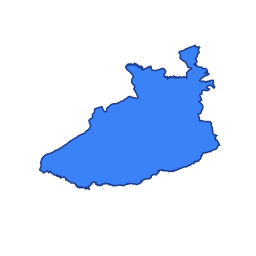 Masi-Manimba, Bandundu, Democratic Republic of the Congo (Robinson projection), rotated 247°
{"feature_id": "63176286B37254158064276", "entity_name": "Masi-Manimba", "entity_type": "district", "adm_level": 2, "iso_a3": "COD", "parent_name": "Democratic Republic of the Congo", "parent_adm1": "Bandundu", "projection": "robinson", "projection_center": [18.055, -5.013], "detail": "fine", "context": "isolated", "style": "filled", "palette": "blue", "viewbox_px": 256, "rotation_deg": 247, "n_neighbors": 0, "source": "geoboundaries", "source_scale": "gbopen_adm2", "svg_char_len": 5866}
<svg xmlns="http://www.w3.org/2000/svg" viewBox="0 0 256 256"><g transform="rotate(247 128 128)"><path d="M104.5,50.4L104.1,51.5L102.3,52.5L101.7,53.4L99.7,54.0L99.0,56.1L96.9,57.9L96.4,57.8L96.0,58.2L94.9,57.6L94.1,58.9L93.0,58.4L92.5,61.4L91.7,60.6L91.5,62.0L90.6,62.9L90.8,63.8L89.6,65.9L88.9,64.8L88.5,65.0L88.5,66.9L89.4,67.2L88.5,68.0L88.0,67.4L87.5,67.5L86.9,68.5L89.6,68.8L89.9,69.2L89.8,71.0L91.1,72.4L90.7,72.9L91.4,73.3L91.8,74.2L91.7,74.9L91.0,75.8L91.0,76.4L90.3,77.3L89.9,77.1L89.2,76.3L86.9,77.8L87.5,78.4L86.6,79.7L85.9,79.7L85.7,79.9L85.8,82.1L86.5,82.6L86.0,83.5L86.0,85.1L85.5,85.2L85.5,86.2L84.5,87.6L83.9,87.9L84.1,88.7L83.9,89.2L82.8,89.0L82.3,90.6L81.0,91.0L81.0,92.3L80.2,92.7L80.0,94.0L79.5,94.7L78.8,98.6L77.8,99.3L77.7,100.2L76.9,100.8L76.5,101.9L77.0,102.7L77.0,103.8L76.4,105.7L77.1,106.4L76.0,107.3L75.9,109.5L74.6,110.3L74.6,111.1L74.2,111.5L73.9,112.5L72.9,113.3L72.4,114.3L72.6,114.9L72.3,116.5L72.9,117.4L72.6,118.4L72.7,119.1L73.1,119.5L74.3,119.5L74.3,119.8L73.8,120.7L74.4,122.8L73.9,124.4L74.1,125.5L73.2,126.7L73.0,128.1L73.4,128.5L73.2,129.3L73.4,130.0L75.2,131.0L75.0,132.0L75.4,133.1L75.3,133.5L73.8,135.9L75.2,137.2L74.7,137.9L75.0,138.6L75.9,139.1L76.7,139.1L76.1,140.1L76.3,140.5L76.9,140.6L76.5,142.1L76.0,142.4L75.7,143.8L75.0,143.6L74.4,144.6L74.1,146.1L73.5,146.7L73.4,147.5L71.7,148.9L71.6,149.3L71.9,150.1L70.7,152.0L71.3,152.9L70.5,153.0L70.5,154.3L70.3,154.6L70.6,155.3L70.1,156.4L70.6,157.8L70.6,158.3L70.2,158.7L70.6,159.3L70.2,161.4L70.4,163.7L70.2,165.1L69.8,165.3L69.4,167.6L70.0,168.8L69.3,170.3L70.3,172.8L69.9,174.2L69.5,174.7L70.3,175.4L70.4,176.0L71.2,176.6L70.4,177.6L70.2,178.3L70.0,179.2L70.2,180.5L71.0,181.1L71.0,181.9L71.7,183.3L73.2,183.9L73.4,184.7L74.0,184.8L73.9,185.4L74.5,185.5L75.1,186.8L75.8,187.4L74.7,189.8L74.9,190.2L74.5,192.1L74.7,193.6L73.9,195.1L74.4,195.6L74.3,197.2L74.5,198.4L74.1,200.4L74.8,201.9L76.4,203.6L76.6,204.6L76.4,205.5L79.7,205.5L80.3,205.2L82.3,205.0L82.9,203.9L83.6,203.7L83.8,204.3L84.7,204.6L85.3,204.4L86.4,206.8L88.6,204.4L90.0,203.9L90.6,203.9L92.0,204.9L93.1,204.9L95.4,205.7L97.4,205.6L100.3,206.6L101.5,206.1L102.0,205.6L104.0,201.2L106.5,197.8L106.9,196.7L109.5,197.6L113.1,197.8L113.4,198.1L113.1,198.8L113.2,200.9L114.0,201.2L117.5,205.0L118.1,205.3L120.3,205.3L121.8,204.9L124.4,203.6L124.8,206.7L129.8,206.8L130.8,207.3L130.5,209.3L133.1,210.5L133.4,211.5L133.4,212.3L131.5,215.2L131.5,217.4L132.0,218.1L134.4,216.0L134.9,216.5L135.4,218.0L135.4,219.9L134.9,220.7L133.1,221.8L131.2,222.6L131.2,223.1L131.9,223.8L135.4,223.5L137.7,225.1L138.7,224.9L139.5,222.9L139.3,222.2L139.7,221.5L139.6,221.2L139.2,221.4L139.2,221.0L139.4,220.0L139.9,219.5L139.8,218.8L140.2,217.8L139.9,217.2L141.1,216.6L142.1,214.7L141.8,213.8L142.4,213.6L142.9,212.8L143.6,212.4L144.6,214.0L145.4,216.7L145.8,218.8L145.7,222.6L146.2,223.6L147.6,222.6L148.1,220.8L148.7,220.3L149.2,221.0L148.7,223.1L149.7,223.5L150.6,223.5L152.1,222.9L152.7,222.2L153.3,219.9L155.2,219.6L156.0,217.6L157.9,215.5L159.3,215.7L160.2,213.7L160.7,213.6L161.5,216.7L162.2,217.4L165.6,217.6L167.0,219.7L168.7,220.7L168.9,221.7L169.9,223.1L172.7,223.2L174.3,225.5L174.7,225.3L176.2,222.2L176.7,221.7L177.8,222.1L177.9,217.0L178.3,216.3L177.9,214.9L178.3,212.5L177.8,211.1L177.7,208.6L178.2,206.5L178.1,204.9L177.8,204.5L174.6,204.8L172.5,203.5L171.2,203.3L170.7,203.9L168.3,205.0L166.9,206.3L164.3,207.1L160.2,207.0L158.8,209.4L158.1,209.7L157.7,209.4L157.2,206.3L156.0,203.7L153.5,202.4L151.0,201.6L151.5,201.2L152.3,201.3L152.1,200.6L152.3,200.2L153.4,199.5L153.6,197.3L153.3,196.9L154.4,196.3L155.3,194.7L154.3,194.3L155.0,193.8L155.4,191.6L156.2,192.1L156.1,191.2L156.9,191.4L157.1,190.4L157.8,190.3L157.3,189.8L157.5,189.2L157.3,188.5L157.9,188.6L158.0,187.1L158.7,187.2L158.9,186.9L158.3,186.4L158.9,185.9L158.7,185.5L158.1,185.6L157.9,185.2L158.9,184.4L157.9,183.6L158.8,183.4L159.3,184.1L159.9,184.2L160.0,183.4L160.4,182.4L161.0,182.3L160.8,181.8L161.2,181.4L163.2,181.9L163.9,183.6L165.2,184.8L167.2,184.7L169.1,183.7L169.5,182.5L169.6,178.5L170.5,174.8L171.3,173.5L173.0,172.5L174.3,172.9L174.8,172.5L175.3,172.6L175.6,173.2L176.2,172.7L175.7,171.7L176.4,170.2L175.7,169.4L176.1,167.3L175.4,165.2L176.4,163.5L176.8,163.5L176.9,164.8L177.9,165.0L178.1,164.0L178.9,164.6L179.8,164.3L180.0,163.7L179.2,162.7L179.5,161.4L180.5,162.3L180.9,162.2L181.4,161.5L181.9,161.7L182.0,160.1L182.6,160.6L182.9,160.2L183.5,160.7L184.1,159.9L184.9,159.5L184.8,159.0L183.8,159.2L183.8,158.7L184.4,158.0L183.8,157.2L184.4,156.5L185.5,156.4L185.6,155.5L186.0,155.4L186.1,155.0L185.4,154.7L185.1,154.1L185.7,153.3L186.4,153.7L186.7,153.4L186.6,152.0L186.1,151.2L185.6,151.2L185.3,149.7L183.6,149.7L182.2,149.9L178.7,151.8L174.5,153.1L173.5,153.1L170.6,150.1L168.8,149.4L167.5,149.4L164.2,150.4L163.2,150.4L161.8,148.6L156.6,149.3L152.8,149.2L151.9,148.7L152.0,147.1L152.9,146.3L154.3,144.1L156.3,142.2L156.6,140.7L155.6,137.7L155.7,137.1L154.9,134.0L155.3,132.2L155.0,131.0L154.9,126.6L155.9,124.2L156.2,122.7L156.1,121.5L155.5,120.3L154.8,116.9L154.0,115.9L151.7,114.6L151.5,113.9L152.5,112.8L153.4,112.3L157.7,112.3L158.3,108.8L158.5,105.0L158.1,104.5L155.3,103.2L154.7,101.2L154.1,100.4L151.4,99.6L150.8,96.0L150.3,95.1L149.8,94.8L144.6,94.5L142.4,92.0L141.0,87.0L140.1,86.2L140.3,82.6L140.1,78.8L139.6,78.2L138.9,72.3L138.5,70.9L138.6,69.9L137.8,67.6L137.8,67.0L137.4,66.4L136.4,60.6L135.9,59.8L135.9,57.3L135.3,54.5L135.7,53.1L135.5,51.4L134.9,49.4L135.2,48.3L134.9,47.1L135.6,43.0L135.0,40.2L133.5,36.8L129.5,33.7L129.1,34.2L128.6,34.1L126.7,33.0L124.1,30.5L123.3,30.5L122.5,31.6L119.8,32.5L119.5,32.8L119.9,35.1L119.7,36.0L120.2,37.0L117.9,37.7L117.8,38.1L118.4,39.6L116.4,40.0L113.4,42.0L112.4,44.6L111.9,44.5L111.6,43.8L111.0,44.4L110.2,46.9L109.9,47.0L109.4,45.9L108.4,46.3L108.2,46.9L108.5,48.2L108.3,48.9L106.8,50.9L105.4,51.0L104.5,50.4Z" fill="#3b82f6" stroke="#1e3a8a" stroke-width="1.5"/></g></svg>